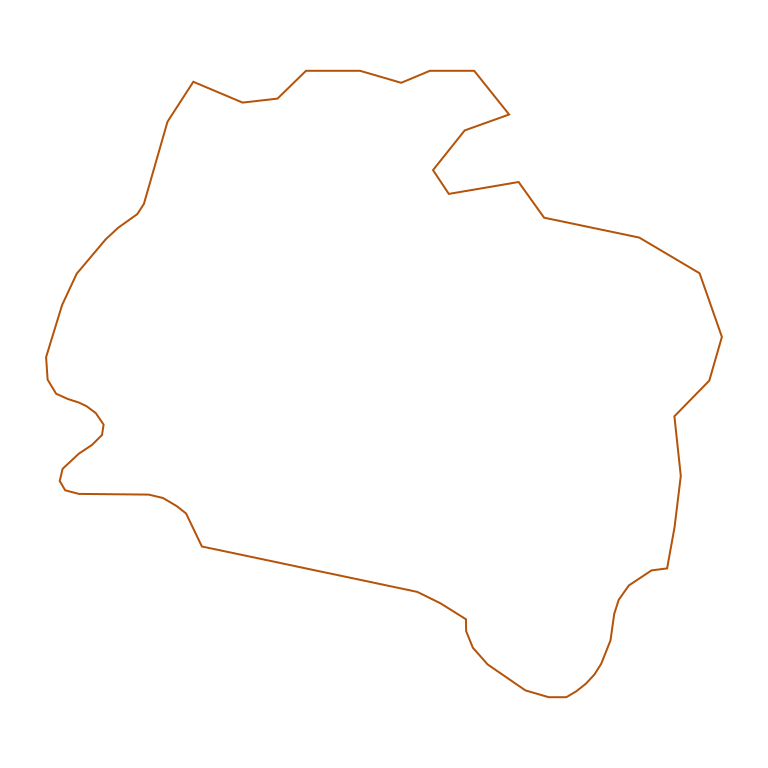 South Dublin, Equal Earth projection
{"feature_id": "IRL-5573", "entity_name": "South Dublin", "entity_type": "County", "adm_level": 1, "iso_a3": "IRL", "parent_name": "Ireland", "parent_adm1": "", "projection": "equal_earth", "projection_center": [-6.409, 53.275], "detail": "fine", "context": "isolated", "style": "outline", "palette": "amber", "viewbox_px": 768, "rotation_deg": 0, "n_neighbors": 0, "source": "natural_earth", "source_scale": "10m", "svg_char_len": 921}
<svg xmlns="http://www.w3.org/2000/svg" viewBox="0 0 768 768"><path d="M201.9,546.5L186.1,513.5L176.7,506.1L163.0,498.0L148.7,494.6L78.9,493.9L65.2,490.3L59.7,481.0L62.6,468.8L78.8,453.7L92.1,444.8L102.0,435.0L103.6,424.6L95.8,413.1L86.7,406.3L79.2,402.7L67.6,398.9L56.1,393.7L47.6,379.6L46.1,357.1L62.1,305.0L76.7,273.7L105.7,239.3L118.2,227.7L137.3,214.1L143.9,203.9L167.5,121.7L193.3,81.8L242.6,102.6L277.5,98.6L306.0,70.8L360.0,70.8L401.2,82.8L429.8,70.8L474.2,70.8L509.1,114.5L464.7,130.4L433.0,170.1L448.8,193.9L518.6,182.0L544.1,217.7L639.3,237.6L699.6,273.3L721.9,336.9L709.3,380.6L674.4,416.3L680.8,475.9L674.5,527.6L667.1,568.4L651.5,570.4L628.9,585.4L618.7,599.8L614.2,614.0L610.5,640.4L601.2,663.8L594.5,674.4L586.0,683.6L576.4,691.2L566.3,697.2L548.6,697.2L525.4,690.4L487.7,664.5L472.9,647.8L466.1,631.1L466.0,619.3L440.6,603.4L417.3,591.9L201.9,546.5Z" fill="none" stroke="#b45309" stroke-width="2"/></svg>